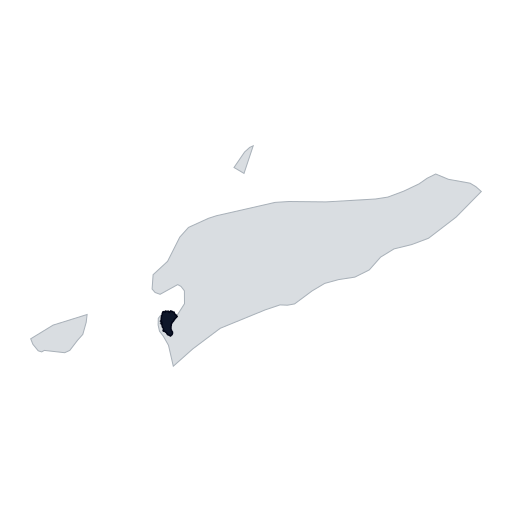 Fatumean, Cova Lima, East Timor (highlighted)
{"feature_id": "22284137B11881161065747", "entity_name": "Fatumean", "entity_type": "district", "adm_level": 2, "iso_a3": "TLS", "parent_name": "East Timor", "parent_adm1": "Cova Lima", "projection": "natural_earth1", "projection_center": [125.027, -9.247], "detail": "fine", "context": "in_parent", "style": "filled", "palette": "ink", "viewbox_px": 512, "rotation_deg": 0, "n_neighbors": 0, "source": "geoboundaries", "source_scale": "gbopen_adm2", "svg_char_len": 4587}
<svg xmlns="http://www.w3.org/2000/svg" viewBox="0 0 512 512"><path d="M173.3,366.2L168.5,345.3L163.4,336.3L159.5,331.2L158.1,324.9L158.3,318.3L160.7,315.3L177.7,314.4L184.5,303.7L184.4,290.8L181.0,286.4L177.7,284.6L160.1,294.3L155.1,292.5L152.1,289.0L153.1,274.7L167.6,261.3L179.8,237.1L188.5,227.4L208.5,218.3L216.6,215.7L275.0,202.4L289.0,201.5L326.0,201.9L375.5,199.0L387.8,197.1L403.6,191.2L419.0,183.9L427.2,178.2L435.7,174.0L448.4,179.3L470.1,183.2L475.9,186.7L481.3,191.5L456.1,217.1L428.6,238.2L411.6,244.6L394.0,248.9L380.6,257.1L369.3,269.9L354.9,277.1L338.6,279.6L324.7,283.4L312.1,290.9L294.6,303.9L287.5,305.2L280.0,304.9L265.4,309.8L220.2,328.3L192.9,348.8L173.3,366.2ZM30.7,338.8L53.1,325.1L87.1,314.5L86.2,322.3L82.8,334.4L77.6,340.2L69.8,350.4L64.7,352.7L44.3,350.4L41.7,351.9L38.2,350.8L32.9,344.3L30.7,338.8ZM253.2,145.8L244.0,173.4L234.0,167.5L244.6,152.0L249.7,147.4L253.2,145.8Z" fill="#d9dde1" stroke="#a8b0b8" stroke-width="1"/><path d="M177.1,316.4L177.0,316.2L176.8,316.0L176.7,315.7L176.3,315.3L175.8,315.1L175.7,315.0L175.6,314.9L175.4,314.8L175.4,314.6L175.2,314.5L175.1,314.4L174.9,314.4L174.8,314.2L174.8,313.8L174.6,313.6L174.5,313.4L174.4,313.3L174.4,313.1L174.2,312.8L174.2,312.6L174.1,312.2L173.9,312.2L173.7,312.1L173.4,312.2L173.2,312.2L172.9,311.9L172.6,311.7L172.4,311.7L172.2,311.7L171.9,311.6L171.6,311.5L171.6,311.4L171.6,311.2L171.3,311.2L171.1,311.1L170.9,311.3L170.7,311.2L170.7,311.3L170.6,311.5L170.4,311.6L170.2,311.6L169.9,311.6L169.8,311.8L169.7,311.9L169.6,312.0L169.6,311.9L169.4,311.9L169.1,311.9L168.9,311.9L168.8,312.0L168.7,311.9L168.7,311.7L168.5,311.4L168.4,311.3L168.3,311.2L168.1,311.3L167.8,311.2L167.5,311.3L167.5,311.5L167.4,311.5L167.2,311.5L166.9,311.4L166.7,311.3L166.4,311.3L166.2,311.3L165.9,311.3L165.7,311.2L165.6,311.6L165.5,311.8L165.4,312.0L165.2,312.0L164.6,312.0L164.4,311.8L164.3,311.7L164.2,311.6L163.9,311.9L163.6,311.9L163.4,311.8L163.3,311.7L163.2,311.7L163.0,311.8L163.0,312.2L162.9,312.3L162.7,312.4L162.7,312.5L162.4,313.1L162.2,313.8L162.2,314.1L162.2,314.4L162.3,314.5L162.3,314.9L162.2,315.0L161.9,315.4L161.7,315.7L161.7,315.8L161.6,316.0L161.5,316.4L161.5,316.7L161.5,317.0L161.3,317.7L161.3,317.9L161.3,318.1L161.3,318.3L161.3,318.8L161.2,318.9L161.2,319.0L161.2,319.3L161.3,319.4L161.3,319.5L161.2,319.8L161.2,320.0L161.3,320.2L161.3,320.3L161.2,320.5L161.1,320.8L160.9,320.9L160.7,320.9L160.6,321.0L160.8,321.1L160.8,321.3L161.0,321.5L161.2,321.8L161.4,321.8L161.5,322.0L161.4,322.1L161.4,322.3L161.5,322.4L161.5,322.5L161.4,322.6L161.5,322.6L161.3,322.8L161.5,323.0L161.7,323.3L161.8,323.4L161.9,323.6L161.8,323.8L161.7,324.0L161.8,324.1L161.8,324.3L161.7,324.3L161.8,324.4L162.0,324.5L162.0,324.8L162.2,325.0L162.2,325.3L162.1,325.8L162.2,326.0L162.3,326.3L162.3,326.6L162.4,327.0L162.5,327.2L162.7,327.4L162.9,327.6L163.1,327.8L163.2,328.0L163.3,328.3L163.4,328.6L163.5,328.6L163.6,328.8L163.5,329.0L163.5,329.3L163.4,329.6L163.3,329.8L163.2,330.0L163.2,330.3L163.1,330.5L163.3,330.8L163.3,331.0L163.5,331.2L163.9,331.2L164.0,331.1L164.3,331.1L164.7,331.2L164.8,331.4L165.0,331.5L165.3,332.0L165.5,332.1L165.9,332.3L166.0,332.3L166.2,332.5L166.3,332.6L166.5,332.8L166.6,333.1L166.9,333.4L166.9,333.6L167.0,333.8L167.1,334.0L167.4,334.2L167.6,334.4L167.7,334.6L167.9,334.8L168.5,335.0L168.8,335.0L169.0,335.1L169.2,335.3L169.4,335.4L169.5,335.4L169.7,335.5L170.1,335.7L170.1,335.8L170.4,335.9L170.5,336.0L170.8,335.8L170.9,335.6L171.0,335.4L171.3,335.2L171.5,335.1L171.8,334.9L171.9,334.6L172.1,334.4L172.3,334.1L172.4,333.8L172.4,333.7L172.5,333.5L172.5,333.4L172.5,332.8L172.5,332.2L172.4,332.0L172.4,331.8L172.3,331.7L172.0,331.5L171.8,331.4L171.7,331.2L171.6,330.7L171.6,330.4L171.4,330.3L171.3,330.2L171.3,329.9L171.2,329.8L171.1,329.7L171.0,329.3L170.9,328.6L171.0,328.4L171.0,328.1L171.0,327.9L170.9,327.9L170.7,327.7L170.8,327.6L170.9,327.3L170.9,327.2L170.8,326.8L170.9,326.7L171.0,326.5L171.1,326.2L171.1,325.9L171.2,325.7L171.3,325.3L171.3,324.9L171.3,324.7L171.2,324.5L171.2,324.4L171.3,324.2L171.4,323.9L171.4,323.7L171.5,323.7L171.6,323.4L171.8,323.3L171.9,323.2L171.9,322.8L171.9,322.6L172.1,322.4L172.3,322.3L172.3,322.1L172.5,322.1L172.7,321.9L172.8,321.8L172.9,321.6L173.1,321.5L173.2,321.4L173.3,321.2L173.5,321.0L173.6,320.9L173.7,320.6L173.8,320.5L173.9,320.4L173.9,320.1L174.2,319.9L174.3,319.7L174.3,319.4L174.6,319.4L174.7,319.1L174.8,319.0L174.9,318.9L175.0,318.8L175.0,318.6L175.3,318.4L175.5,318.3L175.5,318.2L175.7,317.9L176.2,317.3L176.3,317.3L176.5,317.3L176.6,317.1L176.8,316.9L176.9,316.5L177.1,316.4Z" fill="#0f172a" stroke="#020617" stroke-width="1.5"/></svg>